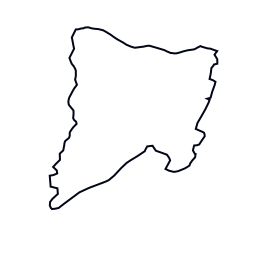 the district of Koysinjaq, Arbil, Iraq, rotated 104°
{"feature_id": "34846034B1648663074204", "entity_name": "Koysinjaq", "entity_type": "district", "adm_level": 2, "iso_a3": "IRQ", "parent_name": "Iraq", "parent_adm1": "Arbil", "projection": "mercator", "projection_center": [44.518, 36.037], "detail": "fine", "context": "isolated", "style": "outline", "palette": "ink", "viewbox_px": 256, "rotation_deg": 104, "n_neighbors": 0, "source": "geoboundaries", "source_scale": "gbopen_adm2", "svg_char_len": 2175}
<svg xmlns="http://www.w3.org/2000/svg" viewBox="0 0 256 256"><g transform="rotate(104 128 128)"><path d="M224.1,183.6L225.0,182.2L224.1,179.5L222.4,176.0L217.2,171.9L208.9,165.1L202.2,159.6L195.6,151.4L185.4,136.7L183.2,134.0L180.8,132.3L178.0,130.2L177.0,129.6L168.5,124.9L162.1,120.8L158.0,117.0L153.3,112.3L147.8,107.3L146.4,106.1L144.5,105.8L141.2,104.9L139.3,99.9L143.3,95.5L144.0,88.2L144.5,83.7L147.1,80.8L149.2,79.3L150.9,79.7L158.7,81.7L159.5,77.9L159.5,72.8L157.8,69.0L153.5,63.1L149.7,59.3L147.1,59.0L144.0,57.8L140.2,55.8L136.9,56.1L136.9,56.9L134.0,59.6L129.0,59.6L127.9,56.6L126.7,54.9L122.1,53.3L117.5,51.6L116.0,52.0L114.2,53.1L113.7,55.0L113.2,58.2L112.5,62.0L106.3,61.8L98.1,59.4L91.2,57.5L84.2,56.0L80.9,55.6L80.4,58.2L78.7,55.2L78.0,55.2L74.4,55.1L72.0,55.0L65.3,54.3L62.0,54.3L61.0,57.5L60.7,60.7L54.8,60.9L49.7,61.6L46.6,60.1L45.7,60.1L44.0,56.9L39.7,58.0L35.9,61.8L31.8,60.1L31.1,67.3L31.5,70.1L31.3,75.8L31.0,77.5L33.2,80.1L34.9,81.8L35.8,83.1L37.0,86.0L38.0,88.6L39.6,91.6L40.4,93.1L40.9,93.9L42.6,96.7L43.8,99.0L44.4,100.9L44.5,102.6L44.9,104.8L44.5,107.1L44.2,109.4L43.7,110.9L43.5,114.1L43.3,118.8L43.2,121.3L43.0,127.3L43.8,129.6L45.4,132.8L45.7,133.7L47.6,138.5L48.5,140.9L48.3,145.1L47.5,150.0L46.6,152.3L44.7,159.3L43.5,162.9L41.6,167.6L41.1,169.3L40.1,172.3L39.6,174.4L39.2,175.6L39.2,178.2L39.2,180.3L39.4,182.0L39.9,185.0L40.1,188.1L39.9,190.7L40.2,192.0L41.1,194.3L42.0,195.3L42.8,197.5L44.4,200.4L45.0,202.5L48.7,203.3L53.7,204.4L64.2,199.5L74.2,201.8L77.5,199.5L79.4,198.0L80.0,197.2L81.5,195.3L83.7,193.3L85.3,192.4L90.1,191.2L93.9,191.0L96.2,189.5L98.4,188.0L102.7,189.8L106.0,190.7L112.9,192.4L115.5,192.4L117.4,192.1L119.8,191.0L121.9,188.3L123.3,186.3L124.3,185.1L127.6,184.2L131.7,183.6L133.3,182.2L134.5,179.8L136.6,178.9L138.5,180.1L140.0,181.0L141.9,181.9L145.7,183.3L147.6,183.3L149.0,182.7L150.9,182.7L152.1,183.0L155.7,185.7L157.8,186.0L160.2,185.7L165.4,185.4L169.4,188.0L175.4,186.3L180.1,189.2L183.9,191.2L185.4,188.6L186.5,186.8L189.2,185.7L190.1,186.8L191.8,189.2L193.2,192.4L203.6,188.9L203.6,181.9L208.9,180.1L215.1,184.2L218.6,185.7L222.2,185.1L224.1,183.6Z" fill="none" stroke="#020617" stroke-width="2"/></g></svg>